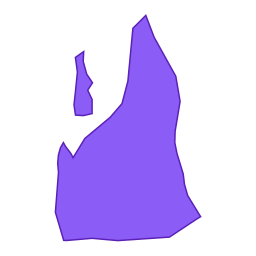 map outline of Kaskazini-Unguja (orthographic projection)
{"feature_id": "TZA-3383", "entity_name": "Kaskazini-Unguja", "entity_type": "Region", "adm_level": 1, "iso_a3": "TZA", "parent_name": "United Republic of Tanzania", "parent_adm1": "", "projection": "orthographic", "projection_center": [39.264, -5.876], "detail": "fine", "context": "isolated", "style": "filled", "palette": "violet", "viewbox_px": 256, "rotation_deg": 0, "n_neighbors": 0, "source": "natural_earth", "source_scale": "10m", "svg_char_len": 642}
<svg xmlns="http://www.w3.org/2000/svg" viewBox="0 0 256 256"><path d="M63.7,240.4L55.4,212.3L58.5,172.3L57.7,163.5L58.4,155.2L60.4,147.9L63.4,142.6L65.5,146.4L71.0,153.7L73.1,157.7L84.9,138.4L110.3,117.2L122.0,103.6L127.9,81.1L132.9,28.3L145.8,15.4L154.1,37.2L175.8,76.3L180.1,101.4L175.1,131.5L174.8,142.6L177.0,153.6L183.2,173.9L184.5,184.5L187.7,195.6L200.6,216.7L196.6,219.1L169.4,237.1L117.8,240.6L92.1,238.3L66.3,240.5L63.7,240.4ZM83.7,51.6L83.2,61.4L86.7,74.1L92.5,82.8L87.7,90.2L92.1,99.5L92.1,113.6L83.3,115.6L75.5,115.1L74.0,104.8L75.4,92.1L77.4,72.1L75.4,57.4L83.7,51.6Z" fill="#8b5cf6" stroke="#5b21b6" stroke-width="1.5"/></svg>